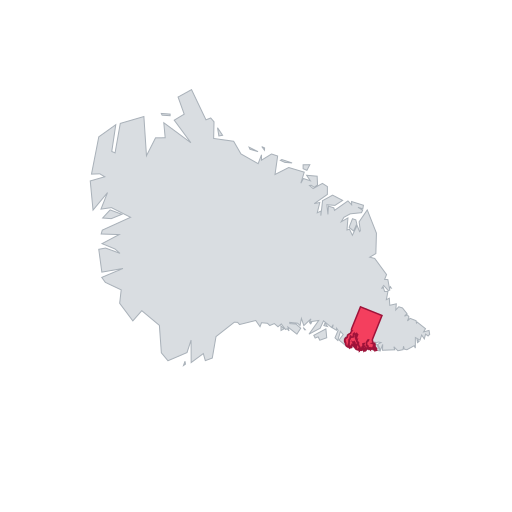 Qeqqata Kommunia highlighted on a map of Greenland, rotated 292°
{"feature_id": "GRL-2741", "entity_name": "Qeqqata Kommunia", "entity_type": "state/province", "adm_level": 1, "iso_a3": "GRL", "parent_name": "Greenland", "parent_adm1": "", "projection": "mercator", "projection_center": [-52.028, 66.171], "detail": "fine", "context": "in_parent", "style": "filled", "palette": "rose", "viewbox_px": 512, "rotation_deg": 292, "n_neighbors": 0, "source": "natural_earth", "source_scale": "10m", "svg_char_len": 9403}
<svg xmlns="http://www.w3.org/2000/svg" viewBox="0 0 512 512"><g transform="rotate(292 256 256)"><path d="M307.6,65.6L325.2,76.8L298.9,83.1L298.8,86.7L328.1,80.5L343.3,99.8L307.9,116.9L327.9,118.6L331.6,127.5L345.0,120.6L336.6,153.2L351.3,129.3L360.6,136.3L374.2,124.2L386.1,133.9L363.5,158.6L367.0,162.3L364.7,166.8L349.1,172.7L354.0,192.3L345.0,203.8L342.4,223.4L351.9,223.2L346.9,225.2L356.4,232.2L356.8,238.6L338.7,243.1L350.3,253.2L351.8,269.3L340.3,270.3L345.6,271.0L346.1,278.2L349.8,272.7L352.9,282.8L345.0,286.4L341.5,284.3L342.3,280.6L341.4,279.2L339.9,283.7L348.2,290.4L347.1,296.2L339.8,299.1L326.4,290.4L329.5,295.1L319.0,296.6L322.0,299.4L317.7,301.0L332.3,297.0L341.1,304.2L340.0,315.5L332.5,310.2L330.1,302.5L321.5,307.1L329.4,304.5L329.8,310.1L327.7,311.7L341.5,320.6L339.3,325.5L342.3,324.2L343.3,336.6L339.7,337.4L339.4,332.3L338.4,337.7L335.7,337.6L330.4,327.6L324.8,323.0L319.7,322.2L325.7,327.0L314.2,330.6L315.9,332.6L311.3,337.6L322.2,338.3L317.4,342.9L318.5,343.3L326.3,338.8L340.4,341.9L322.3,359.1L303.2,366.2L297.5,361.9L298.2,367.0L287.7,384.0L282.5,384.0L283.5,387.1L274.5,392.8L273.5,391.6L276.5,385.4L272.8,384.6L274.5,385.9L271.3,388.5L272.6,391.6L264.3,393.2L266.8,395.4L260.4,398.5L264.2,404.0L258.3,405.8L262.4,407.4L262.7,411.3L259.1,417.6L255.8,416.2L258.1,418.4L256.9,420.6L252.5,420.8L255.9,422.2L256.0,428.6L254.0,429.9L255.1,430.2L252.1,440.4L248.4,439.8L251.8,444.3L248.4,446.4L246.3,445.5L247.1,442.5L242.2,443.1L244.8,439.2L239.4,439.6L240.1,434.3L230.3,438.2L232.1,436.3L225.6,431.0L225.2,428.3L227.6,426.6L224.2,427.4L221.3,423.0L223.5,417.8L221.0,419.8L216.0,408.6L221.5,406.6L215.4,406.7L219.7,402.0L222.6,404.3L222.1,401.8L218.5,396.8L219.5,400.8L214.5,406.5L211.9,395.5L218.0,390.9L211.8,394.2L209.0,392.8L208.2,388.1L217.4,379.3L207.3,387.0L208.1,381.8L212.5,379.3L207.0,378.1L206.5,373.4L212.0,369.6L220.0,372.2L212.7,368.7L206.8,371.9L209.2,364.5L215.8,366.3L217.7,362.5L208.3,363.5L209.7,359.9L217.8,360.0L219.2,357.8L217.3,358.4L218.0,353.8L221.3,353.3L218.0,352.8L221.2,342.9L213.0,342.5L203.4,334.4L219.7,338.3L215.1,330.4L218.3,330.5L209.4,326.4L215.1,321.5L208.0,322.9L209.3,319.8L207.1,312.1L206.0,312.7L207.9,318.6L205.8,324.5L198.9,323.2L202.1,312.2L198.9,314.7L200.2,312.2L198.9,310.9L202.5,304.9L198.6,302.9L200.2,298.3L196.7,294.8L197.9,291.8L196.2,286.1L192.0,286.2L196.1,279.9L186.3,266.4L187.6,263.8L186.5,260.7L166.3,249.1L145.0,253.7L140.0,248.2L145.8,243.7L132.9,235.8L153.7,227.3L140.6,228.2L125.9,213.6L130.8,204.5L155.5,192.4L162.5,170.6L149.7,166.1L161.1,147.3L174.1,143.7L175.1,126.2L178.4,121.0L194.6,137.3L183.3,119.1L203.3,107.7L207.0,113.5L207.5,128.9L209.7,122.5L209.8,108.6L224.6,121.1L218.4,104.2L222.4,103.8L244.9,125.2L246.7,103.8L241.4,94.7L259.2,94.6L237.5,87.7L263.5,74.2L272.8,86.1L273.7,80.4L270.3,72.8L307.6,65.6ZM204.1,339.3L214.6,348.1L206.7,352.2L201.8,346.7L204.3,343.9L202.1,341.6L204.1,339.3ZM326.7,331.5L326.9,335.0L323.4,337.5L315.7,337.1L317.5,331.6L326.7,331.5ZM244.4,116.0L236.4,107.8L233.8,99.6L244.1,103.5L244.4,116.0ZM360.5,172.3L355.4,179.8L353.4,176.6L360.5,172.3ZM358.2,265.5L360.8,271.7L354.5,271.1L354.6,267.0L358.2,265.5ZM355.8,254.6L353.6,247.7L353.8,242.8L355.1,243.8L355.8,254.6ZM200.5,305.3L199.0,309.3L196.3,307.1L200.5,305.3ZM355.4,123.2L353.9,123.8L351.4,116.2L352.7,114.8L355.4,123.2ZM219.7,345.1L217.4,348.7L216.9,345.0L219.7,345.1ZM354.3,208.8L353.5,218.8L352.7,210.4L354.3,208.8ZM131.8,229.6L129.3,231.1L127.3,229.8L131.8,229.6ZM207.4,326.6L206.1,329.4L205.8,328.8L207.4,326.6ZM359.4,223.5L357.3,224.2L359.6,220.4L359.4,223.5ZM238.7,436.7L237.9,439.2L236.2,438.2L238.7,436.7ZM215.5,332.4L213.6,332.2L213.5,331.8L214.3,330.8L215.5,332.4ZM277.9,392.1L276.9,393.4L276.8,391.8L277.9,392.1Z" fill="#d9dde1" stroke="#a8b0b8" stroke-width="1"/><path d="M214.0,402.9L214.0,402.7L213.7,403.1L213.4,402.7L213.7,402.7L213.9,402.6L213.6,402.4L213.6,402.1L213.6,401.7L213.9,401.4L214.2,401.4L214.4,401.0L214.6,401.0L214.5,400.9L214.7,400.6L215.5,400.2L215.8,399.9L216.0,400.2L216.6,399.3L217.3,398.6L217.2,398.5L216.9,398.8L216.6,398.7L216.5,398.8L216.7,399.0L215.9,399.7L215.4,399.9L215.5,399.7L215.6,399.1L215.9,399.1L216.0,398.9L215.4,398.6L215.2,399.1L215.3,399.2L215.0,399.4L214.8,399.7L215.0,399.7L215.2,400.2L214.8,399.9L214.7,400.1L214.7,400.4L214.4,400.7L213.7,400.8L214.2,400.4L214.4,400.0L213.9,399.6L213.9,400.0L213.4,400.8L213.2,400.6L213.5,400.2L213.2,400.0L213.2,399.7L213.9,399.3L214.1,399.0L213.7,399.0L213.8,398.6L213.4,398.8L213.3,398.5L213.4,398.3L212.9,398.0L213.0,397.8L213.5,397.8L213.7,397.6L213.4,397.5L213.3,397.0L214.1,395.6L213.9,395.8L213.4,396.6L213.0,396.8L212.8,396.6L213.2,396.2L213.3,396.0L213.2,395.8L213.3,395.6L213.1,395.5L212.8,395.9L212.7,395.7L212.7,395.4L212.5,396.0L212.2,396.7L211.9,396.9L212.2,396.0L212.2,395.8L211.7,395.6L211.8,395.4L212.5,394.8L213.1,394.5L213.5,394.1L214.2,393.8L214.7,393.3L214.9,392.9L215.3,392.8L214.6,392.7L215.5,391.7L216.3,391.3L218.4,391.0L219.5,391.9L220.4,391.8L220.3,391.6L219.3,391.7L219.2,391.5L219.8,391.4L219.7,391.3L219.7,391.1L219.4,391.1L219.0,391.3L218.6,390.9L218.2,390.9L217.3,390.7L216.5,391.0L214.5,392.1L214.2,392.0L214.4,392.7L214.4,393.0L214.5,393.0L214.4,393.2L213.7,393.8L213.4,393.7L213.1,394.2L212.5,394.4L212.0,394.9L211.8,394.5L212.2,393.6L211.7,394.0L211.5,393.9L211.7,393.7L212.1,392.5L212.1,392.0L211.2,393.7L210.8,393.4L210.7,393.2L210.8,393.0L211.3,392.6L210.7,392.8L210.8,392.6L211.8,391.9L211.7,391.8L210.9,392.3L210.9,392.0L211.4,391.6L211.2,391.5L211.3,391.2L211.2,390.6L210.9,391.6L210.6,392.0L210.4,391.8L209.9,392.1L208.9,391.9L209.3,391.4L209.8,391.3L210.5,390.7L210.4,390.6L209.4,391.2L208.8,391.2L209.8,390.5L209.5,390.5L209.8,390.0L210.4,389.7L210.6,389.9L210.6,389.7L211.2,389.2L211.7,389.7L212.7,389.9L212.9,390.3L213.2,389.9L213.0,389.7L213.1,389.3L214.2,388.6L214.6,388.6L215.2,389.3L215.4,389.2L214.7,388.4L215.3,387.8L213.2,388.7L212.8,389.6L211.9,389.5L211.6,389.0L211.9,388.7L211.7,388.5L211.1,389.0L210.7,388.7L210.8,389.2L209.1,390.1L208.9,389.9L209.0,389.7L209.3,389.8L208.8,389.4L210.4,388.4L210.2,388.2L208.8,389.2L208.6,389.1L208.4,389.3L208.1,389.2L207.9,388.8L208.2,388.5L209.4,388.4L208.6,388.4L208.6,388.2L208.1,388.4L207.9,388.2L208.3,387.8L209.9,386.8L211.0,385.9L211.2,385.2L212.6,384.0L214.2,383.5L214.3,383.3L214.0,383.2L214.7,381.8L215.8,381.2L216.5,381.1L216.1,380.8L216.8,380.2L217.2,379.6L217.9,379.7L217.7,379.4L217.9,379.3L218.8,379.8L219.8,379.6L221.1,379.8L221.2,379.6L219.7,379.3L219.3,379.6L218.3,379.0L218.5,378.7L219.7,377.9L220.1,378.0L221.3,378.0L222.0,378.3L222.6,378.2L221.8,378.1L221.4,377.8L220.6,378.0L219.9,377.8L220.2,377.5L221.4,377.2L220.1,377.5L219.5,377.9L218.8,378.0L218.0,378.7L217.6,378.7L216.3,379.8L215.3,380.9L214.3,381.6L213.5,383.2L211.1,384.9L210.4,386.0L209.9,386.5L208.4,387.4L208.0,387.5L207.1,387.3L207.8,387.0L207.1,387.2L207.4,386.6L207.4,386.4L207.6,386.2L209.4,385.6L208.6,385.6L207.5,386.0L207.2,386.0L207.1,385.7L207.2,385.4L207.0,385.2L206.9,384.8L207.1,384.3L207.3,384.3L207.5,383.8L207.8,383.6L207.5,383.7L207.2,384.2L207.2,383.8L207.4,383.5L207.2,383.3L207.3,383.2L208.3,382.9L209.0,383.1L208.4,383.1L209.0,383.4L210.1,382.9L212.2,383.1L212.4,382.9L212.2,382.7L210.7,382.7L208.9,382.8L208.2,382.6L208.1,382.4L208.4,382.3L208.5,382.1L207.8,382.2L208.1,382.0L208.0,381.9L208.8,381.2L209.7,381.5L210.9,381.1L211.3,381.3L211.7,381.1L211.6,380.8L210.8,380.7L210.0,381.1L209.3,381.0L209.0,380.7L210.7,380.6L211.4,380.1L211.2,379.8L210.8,380.0L210.5,379.9L209.4,380.4L209.7,380.1L209.5,379.9L209.9,379.5L210.4,379.7L212.1,379.5L212.9,380.0L213.1,379.6L212.7,379.7L212.2,379.3L212.9,379.1L212.9,378.8L212.0,378.8L212.1,378.7L212.2,378.2L211.6,378.9L210.7,379.1L210.4,378.9L209.6,378.9L209.5,378.7L207.1,378.9L207.1,378.6L206.6,378.4L206.4,378.1L208.1,378.0L208.6,378.2L209.0,378.0L207.5,377.8L207.2,378.0L206.4,377.7L206.4,377.3L206.8,377.1L207.4,377.2L208.2,376.7L207.5,377.0L205.8,377.1L205.9,376.9L206.1,376.7L206.0,376.4L206.3,376.1L208.1,375.8L208.3,375.7L207.4,375.6L207.8,375.3L208.1,375.4L209.6,375.2L209.9,375.0L210.2,375.0L211.7,374.4L212.0,374.6L212.4,374.2L213.3,373.9L213.9,374.2L216.0,374.4L216.4,374.7L216.6,375.3L217.2,376.4L217.6,376.6L219.1,376.0L219.8,375.9L220.8,376.1L221.1,375.9L220.8,375.8L220.4,375.5L219.1,375.8L217.9,376.5L217.6,376.4L216.8,375.3L216.5,374.4L216.2,374.1L216.2,373.9L217.2,373.8L217.9,373.3L214.2,374.0L213.5,373.5L209.4,374.9L208.9,374.7L209.2,374.2L208.4,374.9L207.7,375.0L206.5,375.7L206.2,375.4L206.3,375.2L206.1,375.1L206.3,374.8L206.2,374.5L206.4,374.4L206.3,374.1L206.5,373.7L206.4,373.5L206.5,373.4L207.2,372.6L209.4,371.5L209.5,371.4L208.9,371.5L210.3,370.4L209.4,370.7L209.7,370.3L210.3,370.0L211.0,370.2L211.6,370.1L211.9,369.8L210.6,369.8L211.8,369.5L212.4,369.5L213.6,370.3L213.9,370.0L214.6,370.6L214.6,370.9L214.7,371.0L216.7,370.7L216.8,370.6L216.6,370.5L216.9,370.5L218.5,371.5L219.2,372.2L219.7,372.6L220.2,372.7L220.6,372.5L221.8,372.8L221.7,372.7L221.9,372.6L222.9,372.4L223.5,372.0L225.1,371.9L248.0,371.9L248.0,395.1L222.2,395.2L221.1,395.7L219.6,397.0L219.7,396.7L218.9,397.3L218.5,396.6L218.5,397.3L218.8,397.7L218.6,398.0L218.9,398.1L218.8,399.0L219.1,399.0L218.5,399.4L218.2,399.8L217.5,399.8L216.4,400.1L216.4,400.4L216.5,400.5L216.1,400.8L216.1,401.0L215.8,401.3L215.3,402.5L214.0,402.9ZM209.1,392.4L210.5,392.2L210.5,392.5L210.1,393.1L209.7,393.3L209.2,393.1L208.9,392.7L209.1,392.4Z" fill="#f43f5e" stroke="#9f1239" stroke-width="1.5"/></g></svg>